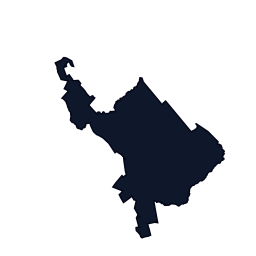 Soy, Rift Valley, Kenya, rotated 140°
{"feature_id": "3690345B57881492347127", "entity_name": "Soy", "entity_type": "district", "adm_level": 2, "iso_a3": "KEN", "parent_name": "Kenya", "parent_adm1": "Rift Valley", "projection": "orthographic", "projection_center": [35.247, 0.733], "detail": "fine", "context": "isolated", "style": "filled", "palette": "ink", "viewbox_px": 256, "rotation_deg": 140, "n_neighbors": 0, "source": "geoboundaries", "source_scale": "gbopen_adm2", "svg_char_len": 5787}
<svg xmlns="http://www.w3.org/2000/svg" viewBox="0 0 256 256"><g transform="rotate(140 128 128)"><path d="M68.0,54.6L68.0,55.5L68.7,56.0L68.6,56.4L68.7,57.0L69.4,57.4L69.4,57.8L69.8,58.0L69.2,58.6L68.7,59.4L68.3,59.3L67.9,59.6L69.1,73.9L73.2,88.0L73.4,86.2L73.2,85.7L73.2,85.3L73.5,84.9L73.5,84.3L74.5,84.3L74.8,84.1L74.9,83.7L76.0,83.3L77.6,83.8L77.9,83.6L78.9,83.7L79.4,83.9L79.7,83.9L80.0,84.1L80.4,84.2L80.8,84.3L81.3,84.1L82.1,84.7L81.9,124.4L83.0,124.5L83.5,124.2L83.9,124.2L84.7,124.5L85.2,124.3L86.0,124.1L86.5,124.0L86.9,124.2L86.8,142.6L86.8,149.8L86.7,154.0L86.1,154.9L85.7,156.2L85.2,157.0L86.0,158.3L86.6,158.8L87.1,158.4L87.3,158.0L88.2,157.5L88.6,156.6L89.4,156.5L90.1,156.1L90.5,156.1L91.2,155.5L91.7,155.8L92.1,155.6L92.4,155.2L94.0,154.2L94.3,154.4L94.8,154.5L95.2,154.2L95.5,154.2L96.6,154.9L97.1,155.0L97.7,154.9L98.7,154.0L99.9,153.8L100.4,153.9L100.5,154.4L100.8,154.9L101.2,154.9L101.8,154.7L102.5,154.2L103.0,154.3L103.7,154.9L103.8,155.3L104.2,155.4L104.6,155.6L105.9,155.5L107.1,155.5L107.5,155.2L107.8,154.6L108.3,154.4L109.3,154.4L110.2,154.2L110.9,154.7L111.5,154.8L112.5,154.5L113.0,154.7L113.8,154.9L115.0,155.6L115.3,155.4L115.7,154.3L116.0,154.0L116.4,154.3L116.6,154.7L117.1,154.9L117.6,155.5L118.1,155.6L118.4,155.2L118.9,155.4L119.2,155.2L119.3,154.8L119.6,155.1L119.7,155.6L120.2,155.7L120.8,155.3L121.2,154.8L122.0,154.5L122.9,154.3L123.8,153.9L124.4,153.2L125.2,152.9L125.5,152.6L125.6,152.2L125.6,151.4L125.5,150.8L125.8,150.4L126.0,149.8L126.3,149.6L126.7,149.5L127.1,149.4L128.0,149.2L128.9,150.4L129.4,150.6L130.1,150.7L130.2,151.2L130.5,151.7L130.9,151.9L131.5,151.9L133.1,151.4L133.6,151.5L134.1,151.9L134.3,152.2L135.5,153.0L136.3,153.7L136.3,155.9L136.8,156.2L137.3,156.3L137.6,156.0L137.8,155.5L138.1,155.2L138.5,155.0L138.8,155.3L139.5,156.5L140.1,157.0L139.9,157.5L139.7,157.8L139.6,158.2L139.9,158.7L140.6,159.3L141.0,159.5L141.6,159.3L142.0,159.0L142.6,158.3L142.9,160.5L143.0,160.9L143.2,164.3L143.4,170.5L142.4,171.0L137.8,171.8L136.0,172.0L134.9,172.3L134.5,172.3L134.1,172.6L134.4,173.3L134.6,173.9L134.4,175.3L134.8,175.6L136.9,175.8L137.3,176.0L137.5,177.5L137.6,181.1L137.2,184.2L137.2,187.0L137.6,191.9L135.7,192.6L135.5,196.3L139.9,199.7L139.3,200.9L138.9,206.6L142.1,206.9L139.1,215.2L136.4,215.9L136.3,214.9L135.3,214.9L135.1,216.5L134.6,216.4L134.2,216.5L134.0,217.0L131.6,217.1L131.1,217.0L130.7,216.6L130.6,216.2L130.6,215.6L131.2,213.3L131.2,211.6L130.9,211.1L130.1,210.2L128.0,215.8L128.3,216.2L130.0,220.8L131.3,222.6L131.8,223.1L132.4,223.3L134.9,222.8L135.3,222.8L141.8,224.6L142.0,224.1L142.8,220.6L144.1,219.0L144.6,217.7L145.7,216.2L147.4,210.1L148.0,208.2L143.5,202.5L151.5,199.0L149.7,194.6L159.3,193.2L158.9,192.4L158.7,191.5L158.5,189.0L158.6,187.9L158.7,187.4L159.3,186.1L159.8,184.2L160.4,183.4L160.9,181.8L161.3,180.4L161.7,179.5L161.9,178.9L161.8,177.9L161.8,177.3L162.4,176.0L163.3,175.0L163.9,173.7L165.4,172.4L166.7,171.3L167.0,171.0L167.1,170.6L167.2,168.5L167.0,168.0L166.3,167.2L166.1,166.7L166.1,165.2L165.8,163.5L165.6,163.2L165.6,162.8L166.4,162.2L166.7,161.1L166.7,160.4L166.3,159.6L165.2,158.2L164.7,156.8L164.4,156.5L164.1,156.5L163.3,156.9L162.2,156.9L161.0,156.3L160.6,156.2L160.1,156.5L159.7,156.9L158.7,157.2L158.4,158.0L158.1,158.3L157.2,158.2L156.8,158.0L154.0,156.5L154.1,155.9L155.1,153.5L156.3,149.2L156.7,147.5L156.7,146.8L156.2,143.1L155.4,141.7L153.5,136.7L152.5,128.7L153.8,117.4L151.7,117.3L151.3,115.4L150.2,112.0L150.0,106.6L150.8,107.4L151.9,105.9L158.2,95.7L159.0,93.3L163.2,93.4L163.2,95.4L172.7,93.7L177.5,92.5L172.5,83.3L175.3,82.6L177.5,82.6L178.5,78.6L179.3,73.8L168.8,73.2L169.6,69.2L168.2,67.1L174.6,62.3L175.3,58.2L176.4,53.5L176.9,54.7L179.3,53.7L183.3,45.1L185.8,46.5L186.7,45.4L187.3,44.4L187.5,44.0L187.5,43.0L187.3,41.5L187.3,40.9L187.2,40.5L187.3,40.0L187.1,39.6L187.4,38.8L187.4,37.9L188.1,36.5L187.8,34.9L184.9,33.8L181.8,32.1L179.6,31.4L177.0,36.7L174.7,42.1L168.2,38.7L166.1,36.4L164.6,39.2L156.0,54.2L154.9,55.8L154.6,55.1L154.2,55.0L153.9,54.7L153.8,53.8L153.6,53.4L153.8,52.8L153.1,52.4L152.7,52.6L152.4,52.3L152.0,52.3L151.7,51.9L151.8,51.4L151.4,50.9L151.0,50.7L150.6,50.0L150.9,49.5L150.7,49.2L150.4,48.9L150.5,48.3L150.0,48.2L149.5,47.3L149.7,46.8L149.3,46.2L149.2,45.6L149.6,45.4L149.3,44.9L147.3,43.5L147.1,43.1L145.5,42.4L145.0,42.6L144.1,42.1L143.6,42.4L143.1,42.2L142.7,41.9L142.6,41.6L142.4,40.8L141.8,40.6L141.3,40.1L140.3,38.7L140.0,38.1L139.7,36.5L139.0,35.5L138.5,35.6L135.4,35.4L134.8,35.1L134.8,34.6L134.5,34.3L134.1,34.3L133.7,34.5L133.1,33.9L132.2,33.5L131.7,33.5L131.0,33.1L130.2,33.3L130.0,33.7L129.7,33.9L128.6,34.1L128.2,34.3L128.1,35.3L127.3,35.6L127.5,36.2L127.2,36.5L126.6,36.6L125.2,36.9L124.8,36.9L123.0,38.0L122.8,39.1L122.5,39.5L121.5,40.2L120.3,41.5L119.5,42.0L118.3,42.2L117.3,42.6L116.9,42.4L115.8,42.7L115.1,42.4L114.3,41.8L113.0,41.9L112.7,42.1L112.0,41.9L111.7,41.7L110.7,41.3L109.6,41.1L109.2,41.3L107.6,41.4L107.2,41.3L106.8,41.4L106.3,41.2L106.1,40.9L105.7,40.6L105.5,40.2L105.1,40.3L104.7,39.9L104.3,39.9L103.8,40.0L103.4,40.0L102.9,39.8L101.5,40.4L101.0,40.2L100.6,40.2L99.6,40.6L99.2,40.9L98.7,41.6L98.0,41.2L97.6,41.3L97.2,41.6L95.8,42.3L95.3,42.2L94.7,42.5L94.1,42.4L92.7,41.5L91.8,41.2L90.7,41.8L90.3,42.2L89.7,42.2L88.5,42.5L87.9,42.5L87.5,42.7L87.5,43.1L86.7,43.4L86.3,43.4L85.6,42.8L84.6,43.1L83.5,43.3L83.2,43.2L82.7,43.3L81.6,43.4L81.2,43.1L81.0,42.6L80.1,42.1L79.6,42.2L79.2,42.5L78.5,42.8L77.4,42.9L76.9,42.9L76.5,42.6L75.9,42.5L74.6,42.5L74.2,43.1L74.7,43.8L74.3,44.2L74.3,45.1L74.1,45.5L73.0,45.7L72.7,45.9L72.3,46.4L71.6,46.2L71.0,46.4L71.2,46.8L71.2,47.2L70.8,47.2L70.5,47.5L70.3,47.9L70.1,48.2L69.2,48.4L69.2,49.0L69.4,49.8L69.4,50.2L69.8,50.3L69.5,50.7L69.6,51.2L69.5,51.6L69.6,52.1L69.2,52.2L68.7,52.7L68.4,53.5L68.5,54.0L68.0,54.6Z" fill="#0f172a" stroke="#020617" stroke-width="1.5"/></g></svg>